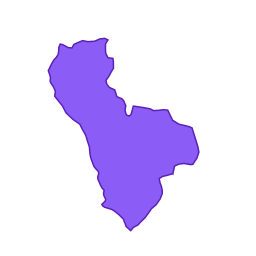 Uljin-gun, Gangwon, South Korea (Albers equal-area conic projection), rotated 164°
{"feature_id": "91817680B88731995383072", "entity_name": "Uljin-gun", "entity_type": "district", "adm_level": 2, "iso_a3": "KOR", "parent_name": "South Korea", "parent_adm1": "Gangwon", "projection": "albers", "projection_center": [129.325, 36.894], "detail": "fine", "context": "isolated", "style": "filled", "palette": "violet", "viewbox_px": 256, "rotation_deg": 164, "n_neighbors": 0, "source": "geoboundaries", "source_scale": "gbopen_adm2", "svg_char_len": 1659}
<svg xmlns="http://www.w3.org/2000/svg" viewBox="0 0 256 256"><g transform="rotate(164 128 128)"><path d="M97.6,71.4L93.7,78.6L88.9,79.3L83.8,78.4L77.8,75.5L75.7,75.2L70.1,80.0L66.5,85.3L66.0,91.1L66.4,110.4L68.6,112.3L72.7,114.7L78.0,117.6L83.0,123.2L84.9,134.3L86.3,134.8L88.8,135.8L94.4,136.7L98.7,137.7L101.1,140.1L106.7,143.0L116.8,147.6L121.4,140.1L123.6,139.2L126.0,141.1L126.0,145.9L124.0,150.0L124.7,155.6L126.0,158.0L130.1,161.2L130.1,164.5L130.3,168.4L134.6,172.0L136.3,175.7L136.1,179.8L132.0,183.1L128.4,186.8L125.5,189.4L123.8,195.7L123.3,199.1L127.9,201.0L128.8,205.9L127.9,210.2L126.4,215.1L123.0,218.2L125.7,220.6L130.8,221.4L136.1,220.6L142.9,222.1L147.5,224.5L152.1,224.0L156.9,223.3L159.8,220.4L163.4,221.8L167.1,225.5L169.8,227.3L170.0,227.4L172.2,224.7L173.4,221.3L174.8,218.0L177.7,215.5L179.9,214.3L182.8,211.7L184.7,209.7L186.6,207.5L188.8,205.1L188.6,201.0L188.6,197.9L190.0,194.5L189.5,191.8L188.6,189.2L187.8,184.8L187.8,183.1L189.7,178.8L184.9,167.2L183.4,159.7L178.4,151.2L173.3,145.0L172.1,138.7L171.1,134.8L170.6,131.9L170.6,126.1L170.4,123.0L170.4,119.9L171.3,115.8L171.8,112.4L172.0,108.8L171.3,100.3L170.3,97.9L168.6,94.6L168.6,92.4L170.6,89.3L171.0,86.8L170.1,80.1L169.4,77.2L168.1,74.8L169.6,71.9L169.8,69.7L169.1,65.6L170.1,64.0L174.2,61.8L173.7,59.9L172.2,58.2L169.6,56.5L166.2,54.3L164.3,52.4L160.7,47.4L159.2,44.7L157.3,41.3L157.5,39.2L157.0,36.8L157.0,33.9L153.7,28.6L150.1,31.0L145.3,32.0L141.4,34.4L136.4,37.0L130.8,41.4L127.7,44.0L122.2,46.4L116.6,51.0L113.3,55.3L112.3,58.2L112.0,63.0L112.3,66.6L112.0,70.7L108.4,71.9L103.6,71.7L97.8,71.7L97.6,71.4Z" fill="#8b5cf6" stroke="#5b21b6" stroke-width="1.5"/></g></svg>